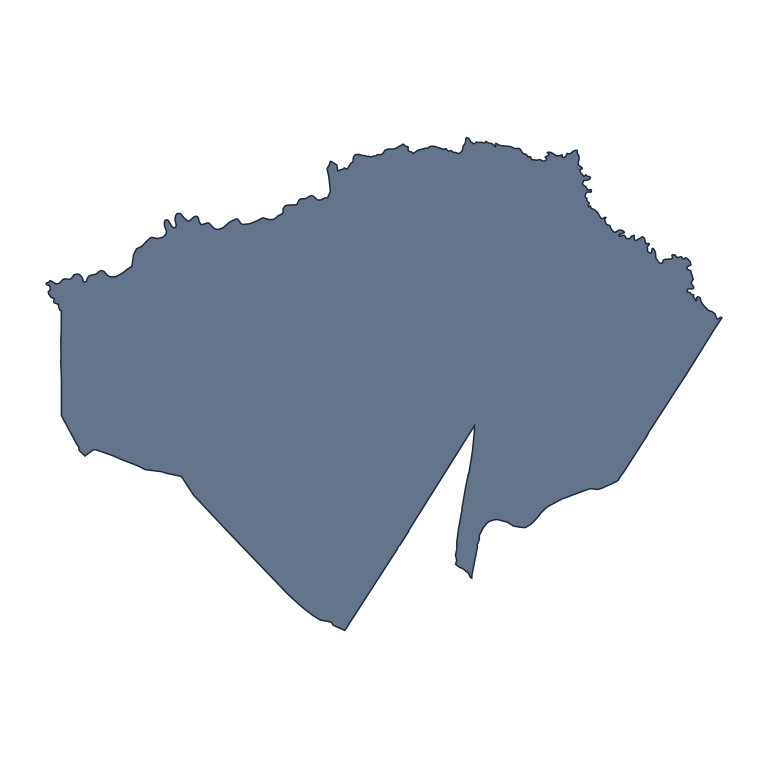 outline of Alfredo Baquerizo Moreno, Guayas, Ecuador
{"feature_id": "8360857B37279599451859", "entity_name": "Alfredo Baquerizo Moreno", "entity_type": "district", "adm_level": 2, "iso_a3": "ECU", "parent_name": "Ecuador", "parent_adm1": "Guayas", "projection": "mercator", "projection_center": [-79.533, -1.955], "detail": "fine", "context": "isolated", "style": "filled", "palette": "slate", "viewbox_px": 768, "rotation_deg": 0, "n_neighbors": 0, "source": "geoboundaries", "source_scale": "gbopen_adm2", "svg_char_len": 6076}
<svg xmlns="http://www.w3.org/2000/svg" viewBox="0 0 768 768"><path d="M721.9,317.9L720.7,317.2L718.4,318.9L717.2,318.7L716.3,317.6L715.0,313.8L712.0,311.6L708.4,310.4L703.4,305.2L700.6,300.8L700.5,298.8L699.9,297.7L697.9,296.7L696.8,297.4L696.6,300.1L696.0,300.8L695.3,300.1L694.7,298.3L693.3,296.7L693.7,294.7L692.0,294.6L691.0,294.0L690.3,292.6L687.3,291.9L687.1,291.0L688.3,288.6L692.2,289.1L693.4,288.4L693.8,287.1L691.4,283.6L691.7,281.5L693.3,279.3L692.4,277.1L692.3,275.5L691.2,273.5L691.0,271.3L690.1,270.4L687.5,269.2L686.8,268.1L687.0,266.9L690.4,265.3L690.9,264.4L689.8,261.1L687.0,258.3L685.7,257.8L683.6,259.1L683.0,258.9L681.4,256.8L677.1,257.5L675.0,254.9L673.0,254.6L671.9,255.3L672.5,257.7L671.5,259.0L665.2,259.3L663.2,260.2L662.7,262.8L659.5,263.4L655.9,258.1L655.4,252.3L653.6,248.8L652.7,248.4L651.9,249.0L651.6,251.9L651.1,253.1L649.6,252.8L647.5,251.3L647.6,248.6L647.1,247.1L649.1,244.8L649.4,243.9L648.6,243.5L646.7,243.7L645.7,243.4L644.5,238.7L643.5,237.1L642.6,236.9L641.5,237.2L635.9,240.6L634.7,240.2L634.4,239.7L634.2,235.4L631.4,236.2L630.0,238.4L629.2,238.7L626.2,238.5L625.1,236.1L624.0,235.2L619.4,236.3L619.0,235.3L619.5,234.6L624.0,232.8L624.3,232.2L623.5,231.2L621.4,230.2L619.9,230.1L618.2,230.4L615.6,232.2L614.6,232.3L613.6,231.8L612.6,230.8L610.7,228.1L609.8,225.4L607.6,225.0L606.0,223.8L604.7,220.2L605.8,217.5L604.9,217.3L602.5,218.6L600.9,218.3L597.5,212.3L594.2,209.5L591.2,208.3L590.5,206.2L589.3,206.7L588.4,206.5L588.2,205.7L589.0,204.4L589.1,202.8L586.6,200.5L587.0,198.4L585.4,197.2L585.0,195.7L585.7,193.8L586.7,192.6L587.9,192.0L590.7,192.2L591.3,191.6L591.4,190.2L590.6,189.6L588.9,190.0L587.6,189.7L585.8,186.7L582.7,184.7L582.4,183.6L583.9,180.6L588.4,179.9L590.0,178.9L590.4,177.5L589.4,176.6L587.1,176.2L585.8,174.8L584.5,176.2L583.8,176.3L580.5,172.6L579.9,169.8L581.9,169.1L582.3,168.2L581.5,167.2L578.4,165.0L578.4,161.8L579.1,159.4L579.1,157.2L578.5,154.9L577.2,153.5L577.4,151.4L577.1,150.3L575.6,150.2L573.2,151.2L569.9,154.0L567.2,153.4L566.7,154.0L565.9,156.4L564.7,157.2L563.2,157.5L562.4,157.3L562.1,154.9L558.7,155.8L556.7,155.9L551.0,152.4L547.7,152.2L547.3,152.7L549.1,154.0L549.1,154.9L545.3,157.0L546.6,158.8L546.1,160.2L544.5,161.0L543.0,161.0L539.8,159.5L536.9,160.2L531.8,159.6L530.4,156.8L529.6,156.6L528.2,157.3L526.4,154.5L523.4,153.6L522.2,152.4L520.2,149.1L519.2,148.4L514.9,148.6L510.7,146.6L499.8,145.4L495.8,143.3L495.3,144.2L495.8,146.1L495.3,146.7L491.7,143.4L488.3,143.0L486.3,141.5L485.9,141.4L485.1,142.7L484.4,143.0L480.8,142.2L478.7,142.5L476.4,142.0L474.9,143.6L473.6,143.7L471.0,142.1L468.9,138.5L466.8,137.5L465.8,138.8L465.6,141.8L464.7,144.3L463.4,145.4L462.2,150.7L460.0,153.0L458.7,153.6L455.3,152.4L453.2,152.3L451.1,150.5L448.7,151.3L447.6,150.6L446.1,148.7L443.5,149.3L435.5,146.6L432.3,146.1L430.1,146.5L427.5,148.3L425.1,148.2L418.0,150.2L413.2,153.4L411.2,151.8L408.8,151.3L408.1,150.2L408.1,146.9L405.1,145.9L403.2,144.1L395.8,148.3L393.6,149.0L388.3,149.0L386.3,149.7L384.9,150.3L383.3,152.9L381.2,154.6L377.2,154.7L375.2,156.2L373.3,155.9L371.8,156.8L370.4,156.9L368.7,156.2L367.1,156.5L364.9,155.6L362.2,155.4L359.0,154.4L355.5,154.6L354.6,155.4L353.3,157.7L353.1,161.6L350.3,163.8L347.2,169.2L344.2,167.9L343.8,168.8L337.7,170.8L336.8,164.9L331.4,161.5L330.4,161.4L329.2,165.0L327.0,168.9L328.8,176.7L330.4,191.3L327.5,198.0L324.9,197.9L321.0,199.9L318.2,200.1L317.0,199.6L314.2,196.9L311.8,195.5L309.5,196.2L306.7,198.0L305.0,198.7L300.7,198.8L299.0,200.1L297.0,204.3L296.0,204.8L287.4,205.1L284.9,206.0L283.0,209.0L283.1,211.9L282.3,213.9L278.6,215.4L274.8,218.7L273.1,219.5L268.8,219.5L262.9,217.8L256.4,221.1L249.9,223.7L243.6,224.4L241.7,224.1L240.7,223.2L237.9,219.3L237.0,218.9L235.9,219.0L231.2,221.2L228.7,222.8L223.1,227.7L219.7,229.0L217.8,229.4L215.5,229.1L213.6,228.0L209.2,223.2L207.8,222.9L201.5,224.7L200.6,224.1L199.1,221.4L198.4,218.1L197.6,216.8L196.2,216.2L194.4,216.6L189.4,220.8L188.1,220.8L187.0,220.4L184.3,218.2L180.8,213.9L179.8,213.5L177.2,213.5L175.8,215.3L175.0,218.6L175.0,220.3L176.1,224.2L176.2,225.9L175.7,227.0L174.6,227.8L173.3,227.7L172.0,226.6L168.2,220.3L167.1,219.9L165.9,219.9L164.9,220.6L164.4,222.2L164.5,225.7L166.5,231.6L166.1,233.8L164.9,235.3L162.7,237.3L157.4,238.5L152.0,237.4L150.7,237.6L146.5,241.3L142.0,246.1L136.5,248.9L133.6,254.6L131.8,266.4L127.5,269.1L123.0,272.7L117.2,276.0L115.3,276.7L112.7,276.9L109.1,276.4L107.2,275.2L104.0,271.4L101.6,270.5L99.7,271.0L96.2,274.1L90.7,275.3L88.7,276.3L87.5,277.8L86.5,281.1L84.9,282.1L83.9,282.0L83.3,281.3L82.4,277.8L80.8,275.6L79.0,274.3L77.0,274.0L73.9,274.8L71.9,277.8L70.6,279.0L68.7,279.3L65.6,278.8L63.2,279.2L60.0,282.6L58.1,283.7L55.5,283.7L51.7,281.2L49.8,280.7L49.3,281.9L46.4,283.1L46.1,283.9L46.5,284.6L49.1,285.4L50.3,287.0L50.1,289.9L48.2,291.9L48.7,294.0L50.7,297.1L54.0,298.6L54.2,299.7L53.7,301.5L53.8,302.3L54.5,303.0L58.2,304.2L59.2,309.1L60.2,310.5L61.3,310.9L61.2,331.9L60.8,340.1L61.0,358.5L60.7,360.4L61.4,378.9L61.4,415.6L76.6,443.9L78.9,447.3L79.0,450.3L85.0,456.0L92.3,450.5L94.3,449.7L96.0,449.8L111.8,455.3L122.2,459.8L138.7,466.2L145.1,469.6L161.6,471.7L166.2,473.2L179.4,476.0L181.5,477.0L181.6,476.7L193.8,495.5L199.8,501.8L200.6,501.4L200.0,502.0L229.5,533.4L286.6,592.9L293.2,599.2L303.9,608.6L312.9,615.5L320.2,620.0L331.7,622.2L331.8,623.0L333.3,625.3L344.8,630.5L397.8,548.3L398.1,546.7L399.8,545.2L408.4,531.8L409.2,529.7L474.4,425.8L474.4,431.3L472.4,451.6L469.1,472.2L468.1,474.9L465.3,488.8L462.1,507.7L461.9,510.4L458.5,529.1L456.7,542.7L456.9,548.5L455.5,555.2L456.7,560.1L455.6,564.4L459.2,567.1L463.3,568.9L466.1,571.5L468.1,572.7L470.6,577.6L471.8,578.1L472.0,574.8L477.6,546.4L477.0,545.3L479.4,539.4L479.3,535.5L482.9,528.3L486.8,523.3L489.3,521.3L494.3,519.8L497.2,519.5L507.2,522.1L513.5,526.1L520.7,527.3L525.5,527.6L530.7,524.3L533.6,521.8L539.1,515.6L540.7,513.2L545.9,508.1L549.5,505.6L562.2,498.9L588.3,489.2L590.9,488.7L598.1,489.5L602.8,487.8L617.2,481.1L618.3,480.0L621.0,475.6L623.4,472.6L647.6,434.8L648.2,433.1L687.5,372.5L714.0,329.8L721.9,317.9Z" fill="#64748b" stroke="#1e293b" stroke-width="1.5"/></svg>